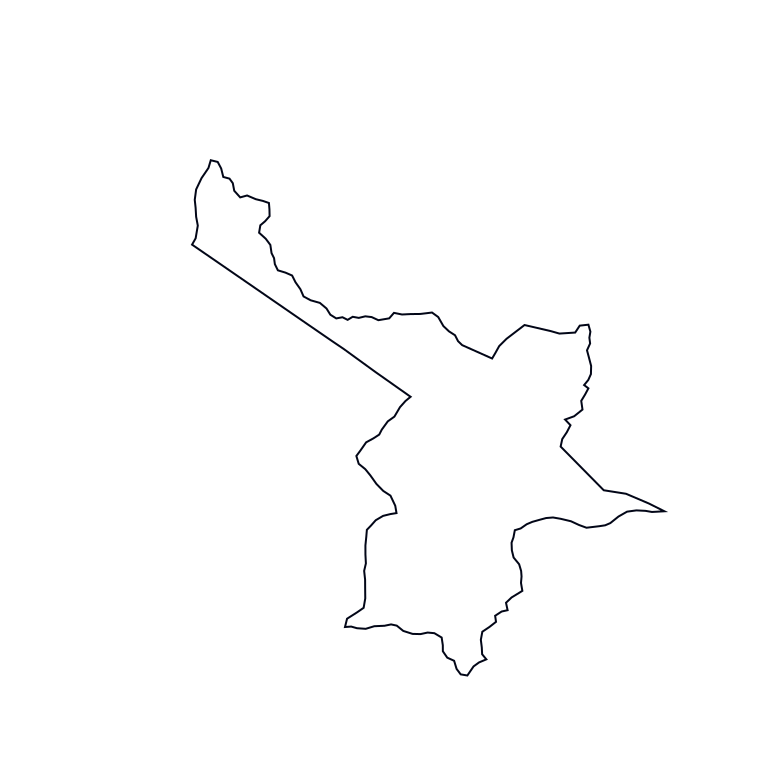 the district of Goianira, Goiás, Brazil, rotated 48°
{"feature_id": "56859067B49274736539809", "entity_name": "Goianira", "entity_type": "district", "adm_level": 2, "iso_a3": "BRA", "parent_name": "Brazil", "parent_adm1": "Goiás", "projection": "orthographic", "projection_center": [-49.441, -16.501], "detail": "fine", "context": "isolated", "style": "outline", "palette": "ink", "viewbox_px": 768, "rotation_deg": 48, "n_neighbors": 0, "source": "geoboundaries", "source_scale": "gbopen_adm2", "svg_char_len": 2553}
<svg xmlns="http://www.w3.org/2000/svg" viewBox="0 0 768 768"><g transform="rotate(48 384 384)"><path d="M476.7,192.4L471.6,199.5L473.7,207.5L463.9,219.9L456.4,224.6L434.2,240.1L432.4,262.7L432.9,273.0L435.6,280.9L437.4,286.6L407.4,299.9L401.7,300.3L395.3,298.6L388.3,300.5L380.7,301.1L370.5,298.9L363.0,300.5L359.8,305.1L356.2,310.2L349.7,317.6L344.4,324.1L337.8,329.0L338.7,336.2L332.8,345.5L326.0,348.4L321.2,352.6L318.0,358.5L313.1,362.3L312.0,368.1L306.6,370.2L303.3,375.6L296.6,377.5L289.4,376.2L280.8,377.4L272.7,382.5L265.1,385.2L257.6,382.7L249.2,381.7L241.9,379.7L235.3,382.7L228.5,386.8L221.9,384.9L216.9,381.5L211.5,380.0L204.6,375.4L196.9,374.7L188.0,375.6L183.3,369.7L183.5,363.5L182.7,356.7L177.6,352.3L172.5,348.4L166.9,351.5L160.9,355.6L152.3,359.6L149.1,366.0L140.2,366.0L133.6,362.0L128.0,361.4L122.6,364.9L114.9,360.8L107.7,359.0L101.8,363.0L106.0,369.9L108.9,381.8L113.7,393.4L120.5,401.4L127.0,406.1L134.0,411.7L141.7,416.4L149.7,426.5L152.0,433.4L182.4,426.1L288.1,400.9L317.7,393.8L331.0,390.5L369.1,382.4L411.3,372.8L411.0,379.3L411.9,387.6L415.2,398.1L414.3,406.2L416.4,416.1L418.4,421.4L417.3,428.3L415.4,436.3L417.7,446.2L419.0,452.7L426.4,456.2L434.8,454.9L442.8,455.3L453.2,456.5L463.0,456.1L471.3,453.9L482.0,457.1L488.3,461.1L485.0,466.2L481.4,472.9L479.7,481.3L480.5,488.4L480.9,494.3L485.6,499.3L491.5,505.8L498.3,511.9L505.2,517.5L509.6,523.8L516.8,529.0L523.2,534.7L530.8,541.4L536.7,548.9L535.7,556.7L533.7,568.5L538.5,575.6L542.3,570.7L547.4,567.5L553.7,561.4L557.5,553.3L564.0,545.4L567.4,539.6L572.1,536.2L580.4,534.9L588.8,530.0L594.3,524.2L597.9,517.9L602.9,513.3L611.0,510.8L617.5,515.1L622.0,519.1L629.7,520.1L636.6,517.1L644.3,520.7L651.1,521.3L656.4,517.1L653.8,506.4L654.5,499.7L657.1,492.2L650.5,491.9L645.2,487.6L638.9,483.2L633.9,476.7L635.1,468.3L635.7,459.9L630.6,456.5L631.8,448.8L634.8,443.5L628.2,439.7L628.0,432.0L630.3,419.6L623.5,415.3L619.1,410.6L614.7,407.2L608.4,404.2L599.7,403.8L593.2,400.3L587.3,395.4L584.6,390.4L580.2,384.6L582.8,379.1L583.7,371.8L585.7,366.0L589.1,359.1L592.1,353.2L596.3,347.7L602.4,342.9L611.1,336.9L619.3,333.4L626.3,329.7L633.7,319.2L637.0,314.2L638.8,308.9L639.4,298.4L641.5,288.8L646.8,281.0L653.3,274.5L658.4,270.5L666.2,260.8L650.1,267.1L627.5,277.6L610.0,291.8L548.7,294.6L544.2,288.4L542.2,280.5L539.4,273.0L531.6,273.2L535.2,264.3L535.8,253.6L528.5,248.7L526.4,241.7L524.0,235.0L518.7,236.0L517.7,229.5L515.1,223.6L509.2,218.0L500.7,213.6L494.8,210.6L491.8,203.7L487.0,200.4L483.2,195.6L476.7,192.4Z" fill="none" stroke="#020617" stroke-width="2"/></g></svg>